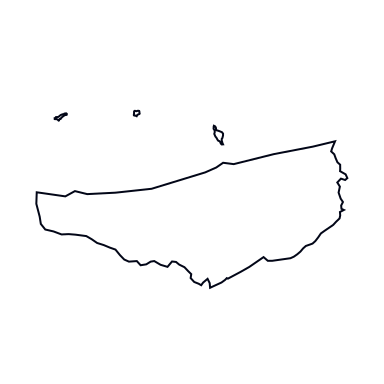 the district of Yan, Kedah, Malaysia, rotated 81°
{"feature_id": "92858781B20286936830399", "entity_name": "Yan", "entity_type": "district", "adm_level": 2, "iso_a3": "MYS", "parent_name": "Malaysia", "parent_adm1": "Kedah", "projection": "robinson", "projection_center": [100.352, 5.848], "detail": "fine", "context": "isolated", "style": "outline", "palette": "ink", "viewbox_px": 384, "rotation_deg": 81, "n_neighbors": 0, "source": "geoboundaries", "source_scale": "gbopen_adm2", "svg_char_len": 2707}
<svg xmlns="http://www.w3.org/2000/svg" viewBox="0 0 384 384"><g transform="rotate(81 192 192)"><path d="M283.2,170.1L278.5,156.5L275.0,147.2L267.5,131.5L271.8,127.9L272.5,123.7L272.8,105.1L271.8,101.5L270.0,97.8L267.8,94.2L265.1,91.1L263.1,88.0L262.3,83.5L261.8,81.0L259.8,77.9L256.6,74.5L253.1,71.2L251.1,67.2L246.6,57.7L243.9,54.3L241.2,50.4L238.4,49.3L234.9,49.0L233.5,44.8L232.0,47.0L228.7,46.8L226.1,44.9L225.5,44.5L221.8,46.2L215.5,47.3L209.8,45.1L205.3,47.0L202.1,42.8L204.1,38.9L202.6,36.4L198.6,37.5L194.6,42.5L192.4,42.0L188.2,41.4L185.4,43.7L181.2,44.8L177.0,45.6L173.7,48.2L170.8,46.8L164.3,42.8L166.1,65.5L167.4,105.3L171.0,146.4L168.0,156.7L171.6,164.2L174.7,175.9L182.5,231.4L180.7,267.7L177.7,295.8L172.8,307.5L176.5,317.8L168.0,345.4L179.3,347.6L192.5,346.3L199.9,346.3L206.1,342.8L209.3,334.9L213.5,327.5L214.3,320.4L215.9,313.8L219.0,303.3L222.9,298.5L227.5,293.7L230.6,287.5L234.1,281.8L236.9,276.6L243.1,273.0L248.1,269.5L250.9,265.2L251.6,257.3L256.3,254.2L256.3,248.5L254.3,243.7L254.3,240.1L259.0,234.4L262.1,227.9L257.5,222.6L258.6,218.7L261.7,216.0L265.1,211.2L269.5,208.2L273.0,205.6L276.8,206.8L281.2,203.9L283.7,199.7L285.5,197.5L283.2,195.2L280.2,190.2L284.7,188.8L289.4,189.1L286.0,177.0L284.0,173.1L282.5,171.1L283.2,170.1ZM144.2,154.3L143.4,153.5L141.0,152.5L139.2,152.2L137.6,153.1L136.8,154.4L136.1,155.6L135.4,156.9L134.9,158.1L133.6,158.5L132.7,158.3L131.7,158.5L130.7,159.0L130.0,160.0L130.9,160.4L132.1,160.6L132.9,160.8L134.3,160.2L134.9,160.0L136.5,160.2L138.1,160.9L140.9,160.2L142.2,159.4L144.2,158.7L145.4,158.1L146.1,156.9L147.3,156.2L148.6,156.0L149.7,155.2L149.8,153.9L148.3,154.3L147.0,154.4L145.8,154.6L144.2,154.3ZM98.6,316.0L98.7,315.1L98.8,314.6L99.0,313.9L99.4,313.6L99.7,313.3L100.0,312.9L100.3,312.8L100.6,312.6L100.5,312.1L100.1,312.0L99.7,311.8L99.3,311.5L99.2,311.1L99.3,310.5L99.1,310.1L98.7,310.0L98.2,309.2L97.8,308.7L97.4,308.2L97.2,307.6L96.9,307.0L96.6,306.5L96.3,306.1L96.2,305.6L96.2,305.2L96.2,304.7L96.2,304.2L96.2,303.8L95.6,303.5L95.4,303.4L94.9,303.7L94.6,304.0L94.6,304.4L94.6,305.1L94.6,305.8L94.9,306.2L95.0,306.7L95.1,307.2L95.0,307.7L95.4,309.5L95.7,310.1L96.0,310.7L96.3,311.2L96.7,311.7L96.9,312.2L96.9,312.9L96.9,313.4L96.8,314.0L96.7,314.6L97.0,314.9L97.3,314.9L97.6,315.4L97.6,316.1L98.5,316.2L98.6,316.0ZM106.2,231.4L105.6,231.5L104.3,231.4L103.7,231.5L103.4,232.2L103.3,232.7L103.4,233.7L103.5,234.1L103.4,234.6L103.1,235.3L102.9,235.6L102.9,236.1L103.4,236.6L104.0,236.7L105.3,237.0L105.7,237.0L106.7,237.4L107.2,237.4L107.5,236.9L107.7,236.3L107.7,235.7L108.1,235.4L108.5,234.8L108.1,234.5L107.4,234.0L107.1,233.5L107.0,232.8L106.8,232.2L106.7,231.7L106.2,231.4Z" fill="none" stroke="#020617" stroke-width="2"/></g></svg>